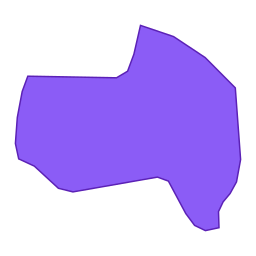 the border of Val-de-Marne
{"feature_id": "FRA-5350", "entity_name": "Val-de-Marne", "entity_type": "Metropolitan department", "adm_level": 1, "iso_a3": "FRA", "parent_name": "France", "parent_adm1": "", "projection": "orthographic", "projection_center": [2.475, 48.774], "detail": "fine", "context": "isolated", "style": "filled", "palette": "violet", "viewbox_px": 256, "rotation_deg": 0, "n_neighbors": 0, "source": "natural_earth", "source_scale": "10m", "svg_char_len": 438}
<svg xmlns="http://www.w3.org/2000/svg" viewBox="0 0 256 256"><path d="M140.5,25.4L173.6,36.6L205.2,57.6L235.3,87.9L240.6,159.5L236.5,181.9L230.1,193.5L223.1,201.9L218.5,211.6L219.0,227.7L205.4,230.6L194.6,225.4L185.8,213.6L168.4,181.1L157.4,177.1L72.9,191.9L58.4,188.3L34.3,166.1L18.7,158.9L15.4,143.5L17.3,117.5L22.2,91.5L27.8,76.2L116.5,77.8L127.6,71.2L133.9,54.2L140.5,25.4Z" fill="#8b5cf6" stroke="#5b21b6" stroke-width="1.5"/></svg>